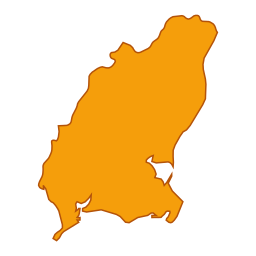 SVG path tracing the border of Wexford
{"feature_id": "IRL-718", "entity_name": "Wexford", "entity_type": "County", "adm_level": 1, "iso_a3": "IRL", "parent_name": "Ireland", "parent_adm1": "", "projection": "mercator", "projection_center": [-6.603, 52.458], "detail": "fine", "context": "isolated", "style": "filled", "palette": "amber", "viewbox_px": 256, "rotation_deg": 0, "n_neighbors": 0, "source": "natural_earth", "source_scale": "10m", "svg_char_len": 2960}
<svg xmlns="http://www.w3.org/2000/svg" viewBox="0 0 256 256"><path d="M217.4,32.4L213.8,40.8L204.1,58.1L203.0,64.4L203.3,69.5L205.4,79.1L205.9,84.3L205.4,98.8L202.7,104.7L190.2,125.4L186.5,129.9L183.0,131.9L179.9,136.4L175.1,145.0L173.2,150.2L173.1,156.4L173.4,162.3L173.1,166.8L171.7,164.2L170.0,162.6L168.2,161.9L156.2,162.9L151.9,161.5L153.2,155.5L151.3,156.2L149.5,157.2L147.8,158.5L146.3,160.1L146.3,162.2L149.4,163.3L152.2,166.0L154.6,169.7L156.1,174.1L154.8,177.6L161.2,179.1L163.1,181.8L164.2,185.4L166.8,182.4L171.7,174.1L171.7,176.2L168.2,183.2L172.3,191.0L182.9,201.7L177.0,216.3L174.4,220.0L172.3,222.1L170.8,222.7L168.9,222.3L166.2,220.2L166.7,218.5L168.2,216.9L170.0,212.8L169.8,211.3L167.3,211.1L166.1,211.7L164.3,214.3L161.8,216.5L161.4,217.1L160.8,217.4L151.9,217.5L151.9,215.4L156.1,215.4L153.3,213.0L151.2,213.0L147.7,215.4L137.8,217.5L129.1,222.7L125.5,222.2L120.2,216.5L116.4,214.4L101.2,209.8L86.6,212.0L82.6,211.1L82.6,208.5L85.8,207.2L88.7,204.2L90.8,200.0L91.2,194.8L88.7,198.3L85.2,201.8L81.2,203.5L77.1,201.7L75.7,203.8L76.0,206.4L76.3,207.5L76.3,208.6L75.7,211.1L78.0,209.5L78.7,208.5L80.0,208.5L79.3,213.4L78.7,215.4L77.1,217.5L78.6,217.7L80.0,217.5L80.0,220.0L79.3,220.1L77.8,220.0L77.1,220.0L78.7,222.3L63.8,231.5L61.7,233.6L59.4,237.8L56.6,240.6L53.1,238.5L55.0,234.4L57.5,232.2L60.1,230.5L62.4,228.0L62.4,224.7L58.9,211.1L57.7,208.7L55.7,205.6L53.3,202.8L51.1,201.7L48.8,199.4L45.8,188.9L43.2,185.4L43.8,189.3L43.0,189.1L41.7,188.7L40.4,188.0L39.7,187.4L39.1,186.4L38.6,185.3L38.8,183.7L39.5,181.7L42.1,176.5L42.6,174.9L42.9,173.3L43.1,170.4L43.1,168.4L43.0,166.8L43.2,165.2L44.0,163.4L48.4,158.5L49.1,157.4L50.8,153.7L51.5,151.8L51.9,149.6L52.0,145.7L51.6,141.9L51.8,140.9L53.0,140.2L54.2,140.3L56.4,140.8L57.5,139.6L58.4,137.1L59.1,131.6L58.4,125.8L66.6,125.4L67.7,125.1L69.7,124.0L70.6,122.9L71.2,121.6L72.0,117.3L72.7,115.2L76.3,108.2L77.2,105.7L77.6,103.7L78.7,101.7L87.1,91.1L88.4,88.4L88.8,85.3L89.1,76.3L90.2,74.3L92.2,72.2L97.4,68.6L100.2,67.3L102.3,66.8L106.1,67.8L107.4,67.9L108.7,67.9L109.9,67.5L111.2,66.8L112.6,65.6L114.5,63.1L115.3,61.5L115.0,60.1L114.4,59.5L113.5,59.1L112.0,58.5L111.2,58.0L110.6,57.1L110.2,56.0L110.1,54.7L110.5,53.5L111.4,52.6L114.8,52.1L117.9,50.2L123.1,42.5L130.3,45.4L132.7,47.7L133.5,49.3L135.0,51.4L136.4,52.3L137.9,52.7L139.2,52.6L140.4,52.3L148.2,48.5L149.2,47.7L150.2,46.8L150.8,45.8L151.9,43.7L152.5,42.7L153.2,41.9L154.1,41.2L156.8,39.3L157.7,38.5L158.4,37.7L159.4,35.7L160.7,32.1L161.3,31.0L162.0,30.3L162.9,29.5L163.6,28.8L164.2,27.8L164.7,26.6L165.0,25.3L165.6,23.6L166.6,21.8L169.2,19.0L171.0,17.7L173.0,16.7L181.9,15.7L183.4,16.1L184.4,16.7L185.3,17.6L186.4,18.4L188.2,19.1L189.8,18.7L191.4,17.8L193.9,15.9L195.7,15.4L197.3,15.4L198.5,15.8L199.2,16.6L199.7,17.6L200.1,18.8L200.6,19.9L201.2,20.6L202.4,21.3L208.6,21.6L210.0,22.0L213.0,23.8L213.5,24.3L213.9,24.8L214.5,25.6L215.4,27.6L215.7,28.8L216.5,31.0L217.4,32.4Z" fill="#f59e0b" stroke="#b45309" stroke-width="1.5"/></svg>